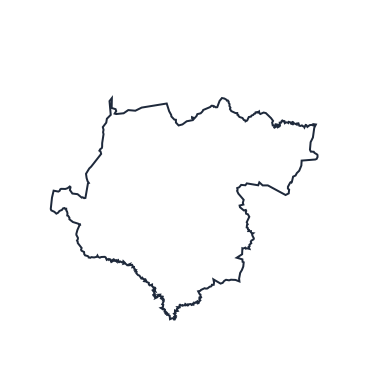 Sultepec, México, Mexico (Albers equal-area conic projection), rotated 251°
{"feature_id": "50627088B3947327185408", "entity_name": "Sultepec", "entity_type": "district", "adm_level": 2, "iso_a3": "MEX", "parent_name": "Mexico", "parent_adm1": "México", "projection": "albers", "projection_center": [-100.013, 18.721], "detail": "fine", "context": "isolated", "style": "outline", "palette": "slate", "viewbox_px": 384, "rotation_deg": 251, "n_neighbors": 0, "source": "geoboundaries", "source_scale": "gbopen_adm2", "svg_char_len": 5970}
<svg xmlns="http://www.w3.org/2000/svg" viewBox="0 0 384 384"><g transform="rotate(251 192 192)"><path d="M306.9,146.8L304.8,143.6L291.4,140.3L289.0,135.4L285.5,133.5L282.4,128.8L279.6,128.6L277.5,127.4L275.5,127.2L267.5,123.0L263.9,121.7L262.9,121.0L262.3,119.1L261.2,117.9L260.2,118.7L257.6,118.5L248.8,104.9L247.7,102.5L243.7,97.7L239.5,96.9L236.1,96.8L234.1,97.4L234.0,96.4L221.1,89.3L221.3,88.0L222.6,86.9L222.6,85.9L227.2,83.1L229.5,78.4L233.6,77.2L236.1,78.7L237.0,78.2L236.1,75.6L236.1,73.3L237.6,69.3L237.4,68.3L236.2,67.2L235.9,65.8L238.3,61.6L232.3,57.8L221.9,52.9L220.4,53.0L218.1,55.4L215.7,56.7L216.0,58.6L217.2,60.5L217.4,63.2L218.5,64.8L218.3,66.3L217.3,66.6L217.1,67.6L215.3,67.1L214.4,67.5L212.3,67.3L210.4,66.4L209.7,67.2L207.5,67.7L206.1,67.2L202.4,69.6L199.1,74.1L198.4,74.4L198.1,75.5L197.3,75.5L197.1,74.7L193.4,71.3L190.2,69.1L189.1,68.7L185.8,69.2L184.7,68.8L183.4,67.4L182.6,67.8L180.9,67.4L175.0,69.4L173.5,68.3L172.4,68.5L170.4,70.4L168.3,69.9L166.9,70.3L165.4,72.5L164.5,73.1L163.7,73.0L162.9,74.5L163.2,75.6L162.0,78.1L161.7,80.8L162.7,81.9L161.2,82.1L159.9,83.5L160.1,85.0L159.1,88.4L158.2,89.1L155.6,89.3L155.9,90.9L154.9,91.3L155.3,92.3L154.7,92.9L153.5,92.9L153.4,93.7L152.6,92.8L152.1,92.9L152.6,95.6L153.7,95.3L153.9,96.0L152.5,97.2L152.0,96.6L151.7,96.9L152.0,98.4L150.9,98.3L151.4,99.8L149.8,99.4L150.0,100.2L149.4,100.7L149.8,101.4L147.6,103.6L148.9,104.5L147.1,105.4L146.4,104.4L146.3,105.6L143.9,106.9L144.1,109.8L143.2,108.9L142.6,111.7L141.1,111.8L140.3,111.2L140.1,112.4L140.9,113.1L139.2,112.3L138.1,112.8L137.2,112.3L136.4,113.7L135.3,112.5L134.5,113.6L133.3,112.9L130.9,114.0L130.1,115.1L126.7,115.9L126.4,116.4L127.0,117.1L125.3,117.8L124.9,119.1L124.1,119.1L123.2,117.8L122.6,118.9L123.4,119.7L121.5,120.0L120.2,121.6L118.5,121.1L117.4,121.8L117.5,124.1L116.1,123.6L114.6,124.3L113.5,125.9L112.8,126.0L112.5,125.5L112.9,124.5L110.8,124.8L112.1,123.8L111.9,122.8L110.0,123.4L110.2,124.3L108.8,123.4L108.1,123.6L107.3,121.8L106.8,121.9L106.3,123.7L105.3,122.5L104.8,122.6L104.4,123.8L103.6,123.0L103.8,125.1L105.8,126.5L105.3,128.5L104.1,127.6L102.6,130.2L102.1,129.8L102.3,128.7L101.6,128.0L100.8,128.6L100.6,129.9L99.7,130.3L98.8,129.3L98.4,129.9L97.9,129.7L95.5,127.3L94.8,128.1L92.8,127.1L92.4,126.6L92.5,124.8L90.4,126.4L90.6,127.4L89.5,128.1L88.6,127.6L87.6,128.1L88.0,127.3L87.8,127.1L86.7,127.8L85.9,127.3L85.5,127.5L86.0,128.6L84.8,129.1L84.1,128.7L84.0,129.8L83.3,129.5L82.3,130.6L78.9,129.8L79.1,132.2L78.5,133.4L77.4,133.4L77.1,134.1L78.6,135.7L79.3,134.5L79.9,134.5L80.2,136.4L82.8,135.4L82.9,137.0L84.1,136.8L85.4,137.3L84.4,138.2L84.2,139.8L85.8,139.3L86.4,139.7L86.6,141.1L87.9,140.7L87.1,142.9L89.0,143.3L89.3,144.0L88.2,145.0L88.2,146.0L87.6,146.1L87.5,148.5L88.3,149.2L87.6,149.7L87.0,149.4L87.0,150.2L86.4,150.6L87.0,151.4L86.4,151.8L86.9,152.2L86.5,154.3L85.3,154.8L85.3,155.8L85.9,156.2L85.1,156.8L86.7,157.9L86.1,158.7L86.6,160.0L85.4,160.7L86.9,161.7L86.6,162.0L84.9,161.4L84.8,162.0L86.1,163.1L86.9,164.6L88.1,164.0L89.9,164.7L89.9,165.3L89.1,165.6L89.5,166.4L90.8,166.1L92.2,166.6L92.9,166.0L96.1,165.5L95.9,167.7L96.5,168.7L96.9,172.6L96.1,173.7L95.8,175.2L96.7,177.9L96.5,179.1L97.1,180.3L97.8,180.6L97.2,182.3L99.3,183.4L102.4,183.8L96.1,189.2L96.1,191.4L97.5,193.6L97.9,195.6L96.4,198.3L96.4,200.2L94.7,204.5L92.0,207.7L94.7,208.3L99.8,211.2L102.0,213.8L104.8,216.2L108.7,218.0L109.5,217.1L111.9,217.7L115.3,212.9L116.8,219.1L122.4,221.3L121.9,221.9L122.0,224.3L120.9,224.5L120.9,225.6L119.5,227.8L121.7,227.7L122.0,228.8L123.4,229.1L124.3,231.4L125.7,231.3L126.7,232.3L127.2,234.8L128.1,235.4L131.2,234.9L132.6,235.1L133.1,236.4L133.8,235.0L134.8,234.6L135.8,235.0L136.7,232.6L137.7,233.5L138.6,232.8L140.1,233.0L140.7,232.2L143.0,233.3L143.2,234.1L145.6,233.9L149.9,238.1L152.7,237.6L153.9,236.1L155.8,236.4L156.4,237.1L157.5,237.0L157.7,235.0L162.0,232.4L163.7,232.6L163.4,236.5L165.1,236.5L167.8,238.3L175.4,235.3L178.4,235.0L179.1,235.8L181.0,236.0L181.1,238.2L182.7,240.8L181.0,244.7L182.3,246.6L176.8,256.8L179.2,258.8L175.2,261.0L173.5,265.9L158.7,279.5L159.2,283.0L162.6,284.6L164.0,283.8L165.7,284.4L169.0,288.0L169.2,288.9L168.6,289.2L169.0,289.7L173.6,292.6L173.9,295.3L175.7,297.2L177.2,300.3L181.4,304.0L186.0,305.9L182.6,319.1L182.7,320.6L184.2,322.1L186.1,322.7L186.9,322.4L189.2,320.5L190.4,320.2L191.5,317.5L193.6,317.3L200.5,320.4L204.2,324.1L212.9,328.5L215.5,331.1L216.5,329.1L215.4,329.1L215.3,328.5L216.5,327.0L216.9,325.0L216.0,322.3L218.0,321.9L218.4,321.3L216.4,319.3L217.6,319.1L218.3,318.0L219.2,317.6L219.2,315.9L219.8,315.0L222.3,315.0L222.6,313.5L221.6,313.0L223.7,311.0L223.4,310.2L225.0,310.4L225.5,309.8L225.2,309.1L223.9,308.5L224.5,307.8L225.5,308.1L226.8,306.3L225.9,305.5L226.6,305.0L227.2,303.6L226.9,302.2L228.9,302.5L229.3,302.0L229.1,301.2L230.2,300.6L229.7,299.6L228.6,298.9L229.0,297.5L227.5,297.1L227.3,295.9L226.3,296.8L225.6,296.2L225.3,294.2L228.2,294.3L228.6,293.5L226.5,293.5L226.0,290.9L226.4,290.7L228.1,291.9L228.7,290.0L231.6,290.4L232.8,291.8L236.1,290.8L242.6,287.5L243.8,285.6L243.5,282.0L244.6,281.4L246.3,281.6L245.7,280.2L246.0,279.3L246.4,279.4L246.6,278.0L245.6,277.2L245.7,276.2L244.9,274.9L244.9,273.2L244.1,272.3L244.4,270.1L241.7,267.5L241.4,265.6L242.4,265.6L243.2,264.5L245.6,263.8L247.5,261.3L248.9,260.7L249.7,260.8L250.2,260.1L251.9,260.5L252.5,258.8L255.7,255.5L258.1,254.9L259.2,255.8L261.1,255.4L262.9,256.1L264.6,255.7L265.6,256.1L266.8,255.7L267.0,254.8L267.9,254.7L269.8,253.1L271.1,250.9L269.1,247.7L264.0,243.5L264.3,242.1L265.9,240.8L265.6,240.3L266.7,239.8L267.2,238.6L266.4,236.7L265.9,229.3L264.8,228.2L263.6,225.8L263.9,222.4L262.5,221.2L261.1,218.8L261.0,218.3L262.7,216.4L261.9,216.1L260.4,217.4L259.7,216.2L260.6,210.0L259.0,205.0L259.3,201.0L262.9,199.4L265.5,200.3L266.2,198.9L270.1,197.1L271.7,197.4L275.8,196.7L283.9,196.9L288.2,171.9L287.3,164.9L290.2,158.4L288.7,153.0L290.4,145.7L291.3,144.4L293.2,146.7L295.2,146.7L297.6,143.4L306.9,146.8Z" fill="none" stroke="#1e293b" stroke-width="2"/></g></svg>